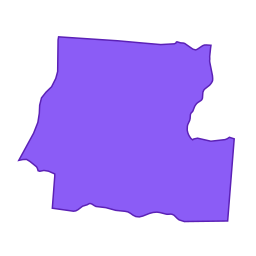 map outline of Collines (orthographic projection), rotated 94°
{"feature_id": "BEN-2171", "entity_name": "Collines", "entity_type": "Department", "adm_level": 1, "iso_a3": "BEN", "parent_name": "Benin", "parent_adm1": "", "projection": "orthographic", "projection_center": [2.189, 8.101], "detail": "fine", "context": "isolated", "style": "filled", "palette": "violet", "viewbox_px": 256, "rotation_deg": 94, "n_neighbors": 0, "source": "natural_earth", "source_scale": "10m", "svg_char_len": 1591}
<svg xmlns="http://www.w3.org/2000/svg" viewBox="0 0 256 256"><g transform="rotate(94 128 128)"><path d="M206.1,160.8L206.1,161.4L207.4,163.3L209.2,167.9L212.9,172.1L214.3,174.3L214.8,176.6L213.3,197.9L213.2,197.9L181.0,197.7L178.9,197.9L176.6,204.4L176.2,208.9L177.3,213.0L176.9,214.7L174.7,215.5L173.1,216.5L168.2,223.5L166.4,227.0L166.8,230.7L167.9,234.7L139.8,221.8L128.7,218.3L119.6,217.5L111.4,217.7L104.0,216.4L98.0,212.3L92.2,207.1L83.6,203.5L76.6,202.1L45.0,203.9L41.9,203.6L41.9,200.8L41.8,169.5L41.7,144.5L42.2,119.3L42.5,101.2L40.8,87.7L40.0,86.2L39.1,85.9L38.6,85.2L39.4,81.4L39.4,78.7L39.7,77.3L44.8,68.8L45.4,66.0L44.7,64.5L40.7,59.3L39.9,57.6L39.7,55.7L39.7,51.0L42.5,51.2L50.9,51.5L53.8,51.2L54.6,51.3L56.4,51.1L69.9,47.4L72.5,47.0L74.4,46.9L75.4,47.1L77.0,47.8L78.4,48.7L79.6,49.6L83.8,54.2L84.4,54.7L85.1,55.1L86.0,55.4L86.8,55.7L87.8,55.8L92.6,55.8L93.5,55.9L94.2,56.2L94.9,56.6L95.5,57.2L97.8,60.2L98.9,61.3L100.3,62.2L101.8,63.0L106.3,64.4L107.0,64.7L108.8,66.2L109.6,66.5L110.4,66.7L114.2,66.7L116.1,67.0L120.4,68.6L121.3,68.8L122.3,68.9L126.0,68.8L128.6,68.0L130.5,67.1L131.9,66.2L134.1,64.5L135.3,62.6L134.4,61.7L133.3,57.9L135.4,44.4L132.8,30.3L131.7,28.1L130.2,26.2L131.4,21.3L213.8,22.1L217.0,60.6L217.4,65.2L216.1,70.6L214.9,72.4L211.8,76.0L211.0,78.0L210.9,79.4L211.3,82.3L211.3,83.7L210.1,90.3L209.9,93.3L210.5,97.1L211.7,100.6L214.8,107.1L215.9,110.5L215.8,114.0L214.6,116.9L213.0,119.5L211.7,122.2L211.3,125.1L211.0,134.5L209.0,144.5L208.5,154.5L207.9,155.9L206.3,158.9L206.0,160.1L206.1,160.8Z" fill="#8b5cf6" stroke="#5b21b6" stroke-width="1.5"/></g></svg>